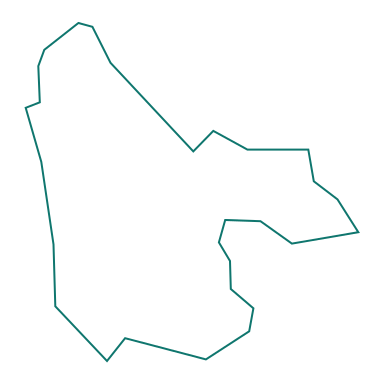 St Helens, Mercator projection
{"feature_id": "GBR-5669", "entity_name": "St Helens", "entity_type": "Metropolitan Borough", "adm_level": 1, "iso_a3": "GBR", "parent_name": "United Kingdom", "parent_adm1": "", "projection": "mercator", "projection_center": [-2.702, 53.453], "detail": "fine", "context": "isolated", "style": "outline", "palette": "teal", "viewbox_px": 384, "rotation_deg": 0, "n_neighbors": 0, "source": "natural_earth", "source_scale": "10m", "svg_char_len": 461}
<svg xmlns="http://www.w3.org/2000/svg" viewBox="0 0 384 384"><path d="M205.9,359.4L125.1,338.2L107.0,361.0L55.3,306.3L53.5,244.4L41.3,161.9L25.7,107.8L39.8,102.3L38.3,66.1L44.3,49.8L78.4,23.0L92.4,26.8L110.5,62.8L193.3,151.4L213.3,130.9L247.4,149.6L308.3,149.6L313.8,181.3L337.5,199.4L358.3,232.2L291.9,243.6L260.5,221.2L225.2,220.0L218.9,242.4L230.0,261.0L230.8,289.0L253.4,308.3L249.2,331.3L205.9,359.4Z" fill="none" stroke="#0f766e" stroke-width="2"/></svg>